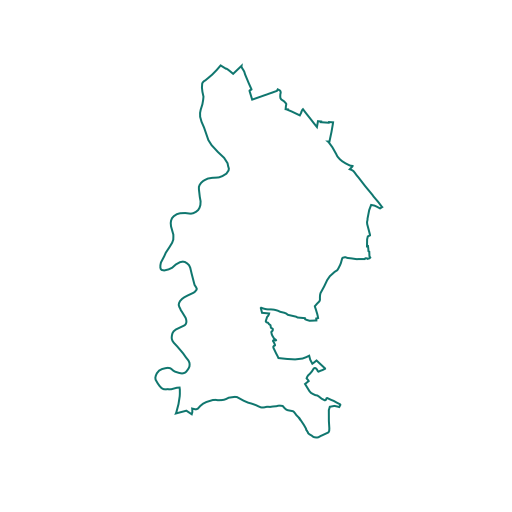 Santana De Mures, Mures, Romania, rotated 161°
{"feature_id": "2599482B40977514976433", "entity_name": "Santana De Mures", "entity_type": "district", "adm_level": 2, "iso_a3": "ROU", "parent_name": "Romania", "parent_adm1": "Mures", "projection": "natural_earth1", "projection_center": [24.57, 46.597], "detail": "fine", "context": "isolated", "style": "outline", "palette": "teal", "viewbox_px": 512, "rotation_deg": 161, "n_neighbors": 0, "source": "geoboundaries", "source_scale": "gbopen_adm2", "svg_char_len": 6102}
<svg xmlns="http://www.w3.org/2000/svg" viewBox="0 0 512 512"><g transform="rotate(161 256 256)"><path d="M373.8,148.2L377.5,141.2L382.3,134.0L383.0,133.2L372.2,132.4L368.3,127.3L367.0,129.2L366.4,131.1L366.2,131.5L366.0,132.5L363.1,130.7L362.1,130.5L360.7,130.6L357.4,132.4L354.1,133.6L350.5,134.1L343.7,133.9L341.0,133.1L338.9,132.0L335.6,131.0L333.1,130.5L330.9,130.5L327.9,130.9L321.9,129.7L319.9,128.8L314.8,123.2L311.2,119.9L308.4,118.0L306.6,116.6L304.4,114.8L302.7,113.1L300.8,111.4L300.1,111.0L298.3,110.4L297.5,110.2L294.9,109.9L293.9,109.6L291.8,108.7L289.5,108.3L285.5,107.3L283.8,107.2L282.3,106.8L281.0,106.2L279.6,105.5L278.4,102.6L277.3,100.8L276.1,99.8L271.9,97.4L271.5,97.1L271.0,96.4L270.6,95.4L270.0,93.6L269.7,92.5L268.4,89.8L267.8,87.7L267.6,87.9L267.1,85.9L265.7,80.6L264.9,76.3L265.0,76.0L265.1,75.7L265.1,75.1L264.7,74.4L264.7,73.5L264.3,72.4L264.4,71.9L264.3,71.3L263.5,70.0L261.7,67.9L261.0,66.7L260.2,65.9L259.0,65.2L257.4,64.5L256.0,64.3L254.4,64.6L253.2,64.8L251.9,64.9L245.1,65.6L244.4,66.1L243.7,66.9L242.8,69.1L240.8,76.3L237.3,86.6L235.3,89.4L230.6,88.7L227.8,87.0L226.5,86.1L224.7,87.8L224.8,88.4L227.5,91.2L229.7,93.7L231.7,95.4L234.9,98.5L235.6,98.5L236.7,97.3L237.4,97.1L238.0,97.2L240.4,99.7L242.3,102.7L243.4,104.1L245.3,105.2L247.1,107.0L248.6,108.7L249.5,110.9L251.3,119.0L246.9,120.6L247.3,122.2L247.8,123.3L248.0,123.8L247.7,124.2L246.8,125.2L245.5,126.2L243.4,127.1L240.7,128.7L238.2,130.7L237.4,131.0L236.7,130.9L235.9,130.2L235.3,128.8L235.1,127.3L234.9,126.7L234.6,126.3L232.4,126.5L230.3,126.5L227.4,126.9L227.3,127.2L232.8,137.5L235.8,136.4L237.8,135.8L238.5,140.2L238.2,144.4L241.5,144.0L245.4,143.9L252.7,145.5L260.3,148.6L268.0,152.2L268.2,154.2L268.7,157.4L269.4,163.5L269.2,164.5L268.5,165.1L267.5,165.2L267.1,165.4L267.0,166.0L267.2,168.4L267.6,170.1L267.3,170.5L266.6,170.6L265.6,170.2L264.9,169.7L264.5,169.8L264.5,170.2L265.8,172.1L266.5,175.4L266.6,176.9L266.3,179.1L265.7,179.6L265.1,179.7L264.5,180.1L264.0,181.1L263.9,181.6L264.2,182.1L265.2,183.2L265.2,183.9L264.9,185.3L264.9,186.0L265.8,187.2L266.4,189.0L267.3,189.6L267.8,190.1L267.9,190.5L268.0,191.1L267.5,191.9L266.4,193.3L265.6,194.5L265.1,194.9L264.1,195.4L263.0,196.4L262.3,197.4L268.8,200.3L268.4,205.2L268.0,205.4L265.8,203.7L263.9,202.5L262.1,201.6L259.4,200.7L256.7,199.5L255.2,198.6L253.2,197.2L251.2,195.3L247.7,193.1L246.2,191.8L245.0,190.0L237.9,185.6L236.7,184.3L230.0,181.3L230.1,180.2L228.9,179.1L226.4,177.3L219.9,175.4L219.4,177.3L218.0,177.1L217.5,177.1L217.2,179.0L217.0,181.0L216.8,185.8L216.8,189.0L216.7,189.4L216.1,189.7L213.7,191.1L211.2,192.3L210.3,193.0L209.7,194.0L209.2,195.6L208.7,196.9L208.1,198.3L207.1,199.9L201.5,205.0L196.5,210.1L192.7,212.9L186.8,215.4L183.8,216.1L182.3,217.3L179.5,220.0L178.1,221.6L175.2,225.8L174.4,226.1L172.3,225.9L171.8,225.7L170.2,224.4L166.4,222.6L162.0,220.3L159.4,219.5L154.2,217.7L153.4,218.2L152.9,218.1L151.8,217.6L151.5,217.0L149.4,216.9L148.5,217.3L148.8,218.9L147.5,223.2L148.1,224.0L147.5,226.1L146.9,228.9L147.9,229.0L145.5,235.6L143.9,238.1L141.5,238.4L141.3,239.0L140.5,249.9L140.0,251.9L138.8,253.9L138.4,255.0L134.0,262.6L130.5,266.8L127.6,265.1L125.9,263.5L123.2,260.6L120.8,261.2L121.0,261.6L122.7,266.9L125.5,274.0L126.0,275.8L130.1,286.7L133.5,296.8L134.6,299.6L135.5,302.6L136.2,304.5L137.0,305.6L138.0,306.6L139.1,307.5L135.6,309.3L135.4,309.7L137.5,310.8L138.6,311.8L141.3,314.6L143.7,317.6L145.2,320.1L146.4,323.0L146.7,324.0L147.0,326.4L148.4,334.0L149.2,336.6L150.4,340.3L150.7,340.8L149.3,340.3L144.2,348.8L140.4,355.7L139.6,357.3L143.4,358.9L143.8,358.3L151.1,361.4L150.7,362.0L153.5,363.3L156.4,358.1L158.1,362.8L159.8,367.8L162.6,375.8L163.8,379.5L164.6,379.1L166.2,377.5L166.4,377.0L168.8,374.7L175.3,381.1L178.6,384.0L178.3,384.3L180.2,385.2L178.9,388.0L178.0,389.6L177.9,390.0L178.1,390.8L179.1,393.1L180.0,394.3L181.0,395.6L181.3,396.3L181.5,397.4L181.1,399.1L180.3,401.1L179.5,402.3L179.3,403.1L179.3,404.1L179.6,404.8L181.2,406.5L182.5,405.3L208.7,405.1L208.4,413.9L208.3,414.4L207.9,414.7L206.5,414.8L206.1,414.9L206.0,415.0L206.6,421.7L207.1,429.6L207.2,431.3L207.1,433.9L207.2,434.8L207.4,435.8L207.9,437.9L208.1,439.2L208.0,440.1L207.8,440.5L218.3,435.7L220.6,439.5L222.0,441.6L222.9,442.7L223.5,442.9L227.4,447.7L232.7,444.6L238.5,441.7L246.6,438.6L248.4,438.2L249.9,437.4L250.7,436.6L252.3,432.8L253.2,428.7L253.8,423.7L255.2,420.7L257.3,416.9L260.6,412.4L262.3,409.5L263.5,405.8L263.8,400.7L263.3,394.3L263.3,381.1L261.9,375.2L258.2,366.8L254.2,359.2L252.7,353.0L253.1,350.0L253.2,347.5L254.1,345.8L257.2,343.5L261.7,342.5L265.4,342.4L267.5,342.9L272.1,344.2L276.3,344.9L279.7,344.5L281.6,344.1L284.0,343.1L286.1,341.6L287.5,339.9L288.3,337.5L289.9,330.2L290.6,325.7L292.0,322.3L293.7,320.0L295.7,318.3L298.4,317.3L301.4,316.9L303.7,317.2L304.9,317.7L309.0,319.7L313.4,321.0L314.6,321.2L317.3,321.3L320.8,320.4L323.1,319.1L324.8,317.1L325.9,314.9L326.7,311.7L327.2,303.1L327.9,301.0L328.9,298.4L331.0,295.8L335.0,292.5L340.2,288.5L342.8,285.7L348.0,280.8L349.4,278.4L350.2,276.2L350.3,274.6L349.7,273.5L347.5,272.2L343.0,271.8L339.1,272.2L334.5,274.1L329.9,274.9L327.0,274.5L325.1,273.4L323.5,271.4L322.3,269.1L322.0,266.3L322.6,260.4L323.4,250.2L323.5,248.6L322.8,245.8L322.7,244.2L323.3,243.4L325.4,242.1L327.0,241.6L333.5,240.9L337.3,240.3L339.9,239.5L342.5,238.1L344.1,236.5L345.0,234.9L345.1,232.8L344.8,231.0L344.7,229.0L344.3,227.8L342.7,220.5L342.7,219.0L343.0,217.1L343.6,215.7L344.5,214.6L345.6,213.9L346.9,213.6L348.8,213.4L355.7,212.6L358.4,211.6L360.2,210.1L361.4,208.2L362.2,206.5L362.6,205.0L362.6,203.0L362.0,200.8L359.9,196.1L356.6,187.6L355.3,183.1L353.9,179.1L353.7,176.7L354.1,175.0L354.9,173.2L356.3,171.7L357.6,170.7L359.7,169.3L361.2,168.8L362.5,168.8L363.6,168.9L364.6,169.2L366.8,170.5L370.2,173.0L371.5,174.5L372.9,176.9L373.9,178.0L375.9,179.0L378.2,179.4L381.6,179.7L384.9,179.2L387.9,177.4L389.6,175.6L390.8,173.7L391.2,171.7L390.4,167.6L389.5,164.5L388.4,162.0L387.5,160.9L386.6,160.1L384.8,159.3L382.6,158.8L381.8,158.3L379.5,157.6L373.7,157.2L371.1,156.5L371.5,154.5L372.9,150.4L373.8,148.2Z" fill="none" stroke="#0f766e" stroke-width="2"/></g></svg>